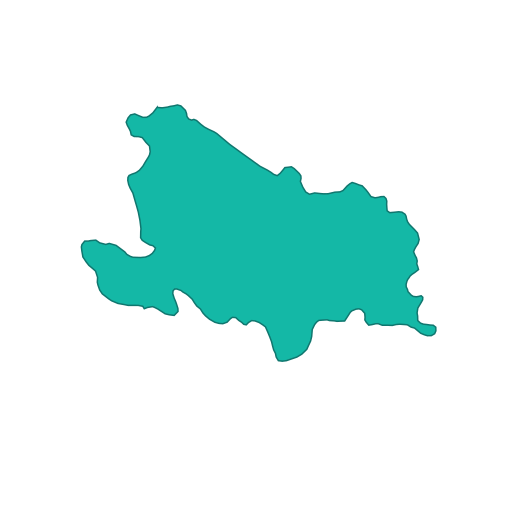 Zhabinka, Brest, Belarus (Albers equal-area conic projection), rotated 310°
{"feature_id": "67162791B54933494059720", "entity_name": "Zhabinka", "entity_type": "district", "adm_level": 2, "iso_a3": "BLR", "parent_name": "Belarus", "parent_adm1": "Brest", "projection": "albers", "projection_center": [24.06, 52.177], "detail": "fine", "context": "isolated", "style": "filled", "palette": "teal", "viewbox_px": 512, "rotation_deg": 310, "n_neighbors": 0, "source": "geoboundaries", "source_scale": "gbopen_adm2", "svg_char_len": 3879}
<svg xmlns="http://www.w3.org/2000/svg" viewBox="0 0 512 512"><g transform="rotate(310 256 256)"><path d="M284.1,397.2L287.4,401.1L290.4,405.0L293.6,407.4L296.1,409.9L299.3,414.3L300.6,416.2L301.2,420.5L302.7,423.8L302.7,427.6L302.7,431.8L303.8,435.4L305.1,438.5L307.7,441.5L311.3,442.8L314.3,441.9L317.0,439.5L316.9,436.3L315.0,433.7L313.3,430.9L311.4,428.1L310.3,425.1L310.5,421.4L313.9,418.4L315.9,416.0L320.2,413.4L324.8,412.7L327.3,412.3L329.6,411.8L331.6,410.3L331.7,408.1L329.4,406.4L327.8,405.0L326.1,402.4L325.8,400.1L326.4,395.3L327.7,393.6L328.9,390.9L330.8,389.2L333.5,387.9L335.5,387.3L337.5,387.2L339.7,386.9L342.3,387.3L345.3,388.2L349.5,389.1L350.1,389.2L352.0,386.4L353.3,384.2L355.8,382.7L357.7,380.1L358.6,377.7L360.5,374.0L362.8,373.2L365.6,372.6L369.8,372.1L373.5,370.4L377.4,365.0L378.1,360.5L378.5,356.2L378.8,353.1L379.6,350.2L381.0,347.8L383.0,345.3L383.8,343.3L383.4,339.6L381.6,336.9L378.3,333.7L375.2,330.6L374.9,327.4L377.3,325.0L379.5,322.9L382.1,320.9L383.6,318.6L383.8,315.8L381.7,313.5L379.6,312.0L377.1,309.8L375.4,305.9L376.7,300.9L377.4,297.6L378.0,292.2L376.7,289.3L375.4,285.4L374.1,282.4L371.7,281.5L368.2,280.8L362.1,280.6L359.1,279.1L355.6,275.4L350.0,271.2L347.2,268.0L345.2,265.2L342.0,260.4L337.7,257.3L337.0,253.0L338.8,247.6L341.6,242.1L344.4,240.6L346.2,238.9L347.0,236.2L347.3,232.1L347.5,229.1L347.1,225.8L344.9,223.8L342.3,221.3L338.4,221.4L334.9,221.4L331.2,220.6L329.9,217.1L329.7,213.6L329.1,209.5L327.3,201.4L325.6,178.6L324.6,164.2L324.6,152.4L324.6,147.2L324.1,143.9L322.6,138.4L321.6,133.6L321.4,129.1L321.6,123.4L320.7,120.6L318.7,119.3L317.7,116.4L318.5,113.4L320.5,111.2L322.2,108.3L322.7,102.0L321.2,98.7L318.3,96.6L315.5,94.1L313.3,92.6L309.2,88.9L306.3,84.8L306.4,84.7L299.4,85.0L294.5,84.1L291.9,83.0L289.5,80.2L288.0,75.6L286.9,71.8L283.4,69.2L279.7,69.2L275.1,70.5L273.4,73.4L271.9,77.3L270.8,79.7L268.6,82.5L269.2,85.8L272.1,89.5L273.6,92.8L272.3,98.7L271.8,103.7L267.9,107.9L265.1,109.4L262.5,110.0L257.4,110.7L252.2,111.6L246.7,111.6L243.3,110.7L241.9,110.1L238.9,108.3L236.1,107.0L233.9,107.4L231.5,109.2L228.9,112.5L227.1,116.0L225.1,121.2L220.1,128.6L217.3,132.8L214.0,137.6L208.6,144.3L202.9,150.4L200.6,152.0L197.9,154.2L195.8,155.9L194.9,158.7L195.3,162.4L196.2,167.5L197.6,170.3L197.5,173.8L195.1,174.7L191.4,174.9L187.8,174.0L184.1,172.0L180.5,168.4L175.9,162.5L174.9,159.9L174.2,156.0L174.8,152.9L174.6,149.2L174.2,142.0L171.3,135.5L168.3,133.5L165.6,127.8L165.2,123.1L161.5,119.4L159.7,118.0L157.3,115.2L152.9,115.3L150.7,116.4L147.9,119.4L144.0,124.0L142.3,129.7L141.4,134.0L141.4,139.5L141.3,142.8L137.8,148.4L133.9,151.3L132.1,153.7L129.5,158.1L128.2,162.6L128.5,170.7L128.9,174.2L130.9,180.7L134.0,186.1L136.0,189.8L139.3,193.7L142.5,197.6L144.7,201.6L143.8,204.3L146.9,206.0L150.7,209.3L151.4,211.2L152.3,215.0L152.6,217.8L152.9,220.0L153.3,223.5L155.2,227.3L157.9,231.5L163.4,231.9L165.6,229.9L168.4,225.5L169.6,223.4L171.1,220.4L173.7,216.4L176.1,214.8L178.3,214.9L179.8,216.5L181.4,220.8L181.4,223.1L182.1,226.9L182.2,229.4L181.9,235.0L180.7,238.5L179.6,242.8L179.7,247.4L178.2,252.1L177.7,255.8L177.7,261.0L178.8,267.1L180.6,271.0L182.8,274.1L186.7,276.4L191.5,276.7L193.8,277.3L195.8,280.1L195.6,284.2L196.0,287.7L195.8,290.5L197.0,292.8L200.2,293.0L203.7,294.2L205.6,296.9L207.1,301.2L207.6,305.2L207.8,308.8L205.3,313.9L202.8,318.7L200.3,323.1L197.7,326.6L195.5,329.8L193.9,333.5L191.6,336.4L190.2,340.4L192.3,343.7L195.4,346.6L199.9,349.3L204.9,352.3L210.4,354.2L217.2,354.9L221.0,353.8L225.9,352.5L230.1,350.4L235.9,346.3L241.1,345.0L244.3,344.9L247.0,345.5L249.6,348.1L252.8,351.5L253.8,353.8L256.6,357.6L258.0,360.0L260.5,362.7L263.2,365.7L268.0,365.1L273.5,364.4L275.6,364.7L279.5,366.7L281.8,368.9L282.7,371.5L282.0,376.1L279.2,378.9L277.0,380.5L276.1,383.1L275.5,386.8L277.9,388.9L281.0,391.2L282.7,393.1L284.1,397.2Z" fill="#14b8a6" stroke="#0f766e" stroke-width="1.5"/></g></svg>